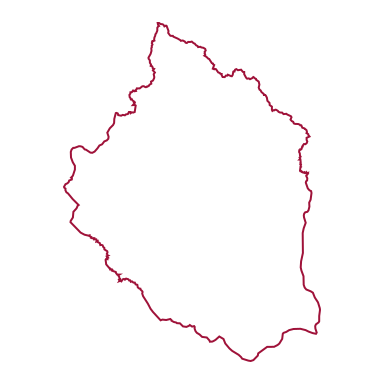 outline of Viengthong, Bolikhamxai, Laos
{"feature_id": "54806243B87134843513913", "entity_name": "Viengthong", "entity_type": "district", "adm_level": 2, "iso_a3": "LAO", "parent_name": "Laos", "parent_adm1": "Bolikhamxai", "projection": "orthographic", "projection_center": [104.389, 18.699], "detail": "fine", "context": "isolated", "style": "outline", "palette": "rose", "viewbox_px": 384, "rotation_deg": 0, "n_neighbors": 0, "source": "geoboundaries", "source_scale": "gbopen_adm2", "svg_char_len": 5909}
<svg xmlns="http://www.w3.org/2000/svg" viewBox="0 0 384 384"><path d="M119.4,281.1L120.2,280.8L121.4,281.4L122.6,279.4L123.8,279.0L124.9,279.7L125.2,279.5L125.1,279.0L126.1,278.6L128.4,279.3L129.2,280.5L130.2,280.4L130.8,281.8L132.0,281.4L133.4,282.6L134.8,282.6L135.6,284.4L137.3,284.8L137.8,287.4L139.2,288.5L140.4,288.7L140.5,289.5L142.3,291.3L142.6,292.0L142.2,293.5L143.1,296.2L147.9,303.7L150.5,308.7L152.9,311.9L160.6,320.3L162.4,319.6L166.2,320.0L170.3,319.0L171.5,320.1L171.5,320.7L173.9,322.0L176.1,322.5L177.0,323.2L179.9,323.3L183.0,326.4L186.4,326.9L189.0,325.8L189.8,325.0L192.1,326.6L194.1,326.1L194.7,326.9L194.6,328.6L195.5,331.1L196.8,332.8L199.6,334.5L202.1,336.9L206.8,337.5L209.5,340.5L209.9,341.7L212.2,341.6L213.4,341.1L215.5,339.9L219.3,336.5L223.5,339.0L225.3,343.5L229.4,348.4L232.2,350.9L238.6,354.8L241.0,357.0L242.2,358.7L248.3,360.6L250.7,361.0L253.4,360.1L257.8,355.6L258.2,353.4L267.1,346.9L274.1,346.8L277.6,345.0L279.3,343.6L282.2,338.9L282.8,333.8L283.5,332.9L286.3,331.9L289.2,330.1L293.5,329.0L300.4,328.8L305.6,330.1L308.6,331.6L312.7,333.1L316.0,333.8L316.7,332.6L315.4,328.6L315.2,326.1L315.9,324.4L318.6,322.4L319.2,321.3L319.2,316.0L320.0,309.9L319.8,308.2L318.0,302.4L314.8,297.5L312.9,292.7L310.7,291.3L306.3,289.5L304.7,287.6L303.7,284.8L303.5,276.2L301.4,270.5L300.7,267.4L301.1,261.3L302.9,253.0L302.7,233.0L303.7,228.3L305.7,222.8L304.0,217.3L303.8,215.2L304.2,213.6L305.2,212.3L307.4,211.8L308.5,210.3L309.4,206.7L309.2,202.6L310.6,199.7L311.5,193.0L311.1,191.1L309.5,190.3L307.8,188.4L305.8,182.7L306.1,181.3L307.1,180.5L307.3,178.2L306.2,175.9L307.9,173.7L307.6,173.5L307.9,172.8L306.6,173.0L306.2,172.2L305.2,173.2L304.4,172.9L304.2,172.2L303.1,172.6L301.6,171.3L301.3,171.7L300.7,171.1L300.2,171.1L300.0,170.7L300.4,167.5L301.0,166.9L300.5,166.4L301.0,164.6L300.3,164.1L300.7,163.5L300.4,162.8L300.7,162.4L300.4,159.5L299.6,159.5L300.2,158.9L299.6,157.5L300.6,156.7L300.0,155.6L299.8,153.3L299.1,152.0L299.3,150.2L299.9,150.1L300.2,149.3L300.9,149.5L301.6,148.9L302.0,147.0L302.7,146.6L302.6,145.8L304.0,144.0L305.4,144.2L306.7,143.1L307.3,141.5L306.6,139.9L306.6,137.8L309.5,136.5L308.4,135.1L308.2,134.1L306.5,133.1L307.0,132.1L306.5,130.2L305.3,129.1L304.8,129.0L304.5,128.4L302.3,127.7L301.3,125.3L300.2,125.3L299.7,124.6L298.1,124.0L295.1,123.9L293.8,123.4L293.2,121.8L291.8,121.1L290.5,119.6L291.5,117.2L290.9,116.2L287.2,114.5L286.4,113.8L283.5,114.1L282.1,112.6L280.0,112.5L278.5,111.8L277.8,110.8L276.1,109.8L275.3,109.7L274.1,110.4L273.4,110.2L272.4,110.9L271.9,109.9L271.9,106.6L269.7,105.1L269.5,102.9L267.4,100.8L266.9,97.7L265.9,95.8L265.3,95.0L263.9,95.0L263.7,93.9L261.5,92.1L260.6,90.4L259.5,89.6L258.7,87.6L259.4,84.6L258.7,81.6L256.1,79.7L256.0,78.9L254.8,78.3L253.7,77.2L253.3,77.0L252.3,78.1L250.0,79.2L248.8,78.4L247.1,78.7L246.1,77.7L244.2,74.2L244.2,72.0L242.9,71.9L241.1,69.7L237.9,70.2L236.3,69.1L235.1,69.7L234.5,71.5L233.7,71.3L233.3,71.6L232.7,74.9L231.9,76.2L231.2,76.2L227.8,74.7L227.3,75.6L225.9,75.6L224.7,77.1L222.6,77.0L221.6,75.0L221.7,74.0L220.4,73.8L219.8,73.0L218.2,72.4L216.0,69.2L214.7,68.9L214.2,69.3L212.8,68.7L214.2,65.0L213.1,64.3L213.0,63.6L211.8,63.1L209.2,59.0L208.3,58.7L206.5,56.9L204.5,55.7L205.1,55.3L205.2,54.6L204.6,53.5L204.9,52.9L204.6,51.9L205.7,50.5L205.2,48.9L203.4,47.8L201.2,47.4L200.5,46.8L198.1,47.1L197.6,46.0L196.1,45.3L194.7,43.6L193.6,43.2L191.8,41.6L190.1,42.0L188.2,41.9L186.8,43.0L185.6,42.7L184.9,41.6L184.0,41.1L182.8,40.5L180.8,40.8L180.4,40.2L177.7,38.6L173.4,36.7L172.9,35.9L170.9,35.9L170.1,35.5L168.2,32.9L168.5,31.0L166.6,25.9L166.0,25.6L164.4,26.4L163.7,25.1L162.7,24.3L160.5,24.0L159.1,23.0L157.7,23.0L158.0,24.7L159.0,26.0L158.2,26.4L157.3,27.8L157.3,30.6L156.2,33.3L155.4,34.3L155.2,35.8L154.4,37.5L154.1,40.0L154.4,40.6L153.3,41.1L152.4,41.0L152.1,41.5L152.2,42.5L151.8,43.1L152.5,44.6L151.7,45.8L151.9,47.1L151.3,48.2L151.5,50.8L150.6,53.9L148.5,57.6L148.6,58.7L149.8,60.3L149.9,62.8L151.0,64.5L150.7,65.9L152.0,66.2L152.5,67.0L152.8,68.4L154.1,68.9L152.9,70.4L154.9,72.5L153.7,74.2L154.3,77.1L154.1,78.2L153.0,80.5L151.0,81.6L151.3,83.7L149.5,84.7L148.8,85.9L148.2,86.0L147.5,86.7L146.7,86.6L146.2,87.1L145.3,87.1L143.8,86.2L142.3,86.3L139.7,88.4L136.8,88.4L136.6,89.2L135.5,90.2L135.9,91.0L134.2,91.3L133.1,90.5L131.9,92.1L130.4,92.3L130.4,93.5L129.4,94.9L129.7,97.2L130.3,97.8L130.8,99.4L131.8,99.2L132.5,100.5L133.8,101.3L133.8,102.0L134.6,102.0L134.9,102.7L132.9,105.1L135.0,105.0L135.7,105.5L134.7,112.0L133.1,112.6L131.9,112.3L130.6,113.2L130.3,112.0L128.9,112.0L127.9,114.0L125.7,114.5L124.9,115.3L122.7,114.9L121.1,115.7L118.2,115.1L117.8,113.5L116.6,112.9L115.8,113.1L114.3,118.9L114.1,123.0L113.1,125.0L109.8,128.3L107.3,132.7L108.6,136.8L108.3,138.8L106.8,140.4L104.3,141.4L102.1,144.3L99.4,145.5L97.5,148.3L94.6,151.6L92.3,152.8L90.4,152.6L86.0,149.7L84.7,149.4L82.5,146.9L80.6,146.3L79.0,146.2L74.4,147.9L73.2,147.9L71.6,149.5L70.8,151.9L71.0,157.5L72.8,162.3L74.9,165.8L74.9,169.6L72.9,175.7L71.1,177.6L71.9,178.1L71.8,179.5L69.2,180.5L68.6,182.2L67.4,183.3L65.5,184.2L64.0,186.9L64.3,187.7L65.5,188.6L65.4,190.2L66.4,192.3L68.0,193.4L72.7,199.1L78.6,205.0L77.8,205.5L76.5,208.4L73.4,211.8L72.9,217.5L70.7,220.9L70.5,222.2L80.6,232.6L84.5,234.7L88.3,235.6L89.6,235.3L89.6,236.2L91.3,237.0L91.0,237.8L92.2,238.3L93.6,238.1L93.9,239.1L94.6,238.6L94.8,239.3L96.3,239.3L96.7,240.3L96.4,241.5L97.7,241.0L97.7,242.1L99.8,243.1L100.3,245.1L101.6,244.9L102.6,245.3L103.4,247.2L104.3,247.8L104.4,249.4L107.2,251.2L107.5,252.3L106.8,253.9L107.3,254.4L107.4,255.4L108.0,255.6L106.6,256.3L107.0,257.3L107.6,257.2L108.1,257.8L107.2,258.3L107.4,259.2L106.0,259.1L105.6,259.8L106.2,264.4L109.5,268.3L110.4,267.7L109.8,268.7L110.2,269.6L111.9,269.3L112.4,269.8L112.1,270.7L115.8,272.0L116.0,273.0L117.2,274.6L119.3,274.6L118.1,275.3L119.2,276.8L119.4,278.2L120.1,278.8L120.1,279.4L119.0,279.8L119.6,280.8L119.4,281.1Z" fill="none" stroke="#9f1239" stroke-width="2"/></svg>